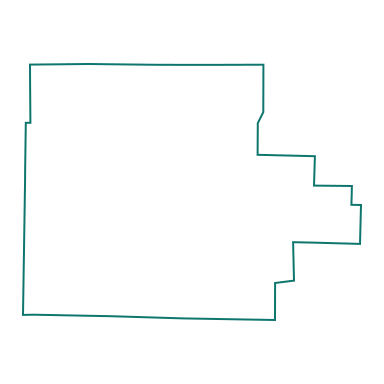 Garland, Arkansas, United States of America (Mercator projection)
{"feature_id": "52423323B93993712170814", "entity_name": "Garland", "entity_type": "district", "adm_level": 2, "iso_a3": "USA", "parent_name": "United States of America", "parent_adm1": "Arkansas", "projection": "mercator", "projection_center": [-93.096, 34.581], "detail": "fine", "context": "isolated", "style": "outline", "palette": "teal", "viewbox_px": 384, "rotation_deg": 0, "n_neighbors": 0, "source": "geoboundaries", "source_scale": "gbopen_adm2", "svg_char_len": 482}
<svg xmlns="http://www.w3.org/2000/svg" viewBox="0 0 384 384"><path d="M30.1,83.9L30.4,122.8L25.8,122.8L25.1,172.7L25.1,178.3L23.0,314.9L33.7,314.7L110.7,316.2L120.5,316.5L183.3,318.4L275.0,320.0L275.1,283.0L294.0,280.6L293.1,242.2L312.4,242.6L360.0,243.9L361.0,205.0L351.4,204.8L351.7,194.9L351.9,186.0L314.0,185.6L314.9,156.2L257.6,154.8L257.8,123.1L263.3,112.1L263.4,64.7L205.3,64.9L157.6,64.8L88.6,64.0L30.0,64.6L30.1,83.9Z" fill="none" stroke="#0f766e" stroke-width="2"/></svg>